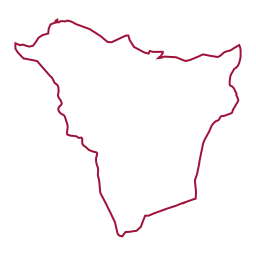 Kepahiang, Bengkulu, Indonesia
{"feature_id": "22746128B30869437307727", "entity_name": "Kepahiang", "entity_type": "district", "adm_level": 2, "iso_a3": "IDN", "parent_name": "Indonesia", "parent_adm1": "Bengkulu", "projection": "natural_earth1", "projection_center": [102.62, -3.648], "detail": "fine", "context": "isolated", "style": "outline", "palette": "rose", "viewbox_px": 256, "rotation_deg": 0, "n_neighbors": 0, "source": "geoboundaries", "source_scale": "gbopen_adm2", "svg_char_len": 4936}
<svg xmlns="http://www.w3.org/2000/svg" viewBox="0 0 256 256"><path d="M119.8,235.9L121.1,236.0L122.4,236.3L123.5,234.7L125.5,232.0L128.8,231.9L131.5,231.5L136.5,230.8L138.7,228.8L139.3,228.2L140.8,226.9L140.9,226.7L143.1,220.7L145.2,215.7L145.9,215.7L147.8,215.7L148.6,215.7L154.4,213.2L166.3,208.9L168.0,208.3L170.9,207.4L177.1,205.3L180.3,203.9L182.1,203.3L182.8,203.4L183.3,203.2L182.9,203.0L187.8,201.3L188.9,200.8L189.8,200.6L192.9,199.5L193.2,199.3L195.3,198.7L195.7,198.6L195.7,197.8L195.8,196.6L196.0,193.2L195.9,190.6L195.1,182.8L194.9,180.4L195.5,178.4L196.5,175.8L197.6,171.7L197.8,170.4L199.2,163.6L199.3,162.5L199.7,160.2L199.8,159.7L200.9,154.1L201.8,150.0L202.2,148.0L202.9,144.5L203.2,143.4L203.4,143.0L203.8,141.8L203.8,141.6L204.7,139.6L205.6,137.9L205.8,137.6L206.7,136.1L206.9,135.5L208.6,132.6L209.5,130.8L209.7,130.3L210.3,128.8L210.7,127.8L211.0,127.2L211.2,126.7L211.3,126.5L211.8,125.6L212.5,124.5L213.7,123.1L213.9,122.8L216.0,121.1L216.8,120.8L217.2,120.7L218.1,120.4L218.6,119.9L218.8,119.8L218.9,119.7L219.6,118.5L219.9,117.8L220.5,116.9L220.6,116.7L221.4,116.2L222.0,116.0L223.0,116.0L223.8,116.0L227.3,114.7L228.5,114.3L229.6,113.8L231.0,113.4L231.7,113.0L232.2,112.3L232.4,111.6L232.6,111.1L232.8,110.3L232.9,109.8L233.3,109.2L233.7,108.4L234.7,107.1L235.2,105.9L236.3,104.1L237.8,101.7L238.1,101.1L238.3,100.3L238.3,100.2L238.1,99.4L237.7,98.2L237.0,96.5L236.9,96.2L236.3,95.0L236.5,93.6L235.3,91.3L234.5,89.6L234.2,89.0L233.2,87.5L232.6,86.9L232.4,86.7L231.7,86.2L231.0,86.1L230.3,85.6L230.2,85.5L230.0,85.1L229.7,84.7L229.6,84.4L229.7,83.0L229.7,81.3L230.1,77.8L230.3,76.8L230.4,76.1L230.5,75.9L230.6,75.5L231.1,74.4L231.2,74.1L231.3,74.0L231.4,73.8L232.6,71.8L234.3,68.8L235.5,68.1L236.4,67.4L236.8,67.0L237.8,65.8L239.1,63.3L239.2,63.0L239.4,62.1L239.6,61.4L239.9,60.3L240.4,58.2L240.6,56.1L240.6,53.8L240.6,52.9L240.6,50.5L240.6,50.2L240.3,48.2L240.0,47.1L239.2,45.1L236.4,46.7L234.3,47.9L231.8,49.6L231.6,49.7L230.8,50.3L229.9,50.5L225.5,51.7L223.8,52.6L220.5,55.6L220.1,55.8L219.9,56.0L218.1,56.8L217.7,57.0L209.7,55.7L203.1,54.4L200.6,55.5L197.8,56.8L197.3,57.0L196.7,57.2L190.0,60.0L185.5,61.0L183.2,60.2L179.4,58.6L176.2,57.3L175.2,57.2L174.4,57.2L173.6,57.0L172.4,57.0L172.1,57.1L171.6,57.0L164.4,56.6L161.3,57.7L158.3,58.1L159.1,57.3L160.1,56.6L160.7,56.3L161.3,55.7L161.6,54.6L162.7,53.3L162.7,51.8L153.2,51.9L149.7,51.0L148.6,53.6L144.6,52.6L141.0,50.7L133.9,46.9L132.5,44.5L131.7,43.3L131.6,43.1L129.8,40.2L129.7,40.1L129.0,37.7L128.3,35.5L127.2,35.5L126.1,35.5L122.3,37.2L111.7,42.2L111.0,42.2L107.7,42.0L104.4,39.3L101.1,36.5L97.3,34.0L95.2,32.6L92.8,31.1L91.3,30.1L91.2,30.0L90.1,29.3L86.9,28.1L84.7,27.3L83.8,27.0L82.5,26.5L79.8,25.5L75.5,23.9L75.4,23.8L75.2,23.7L73.6,22.7L70.3,21.2L69.0,21.0L68.5,20.9L68.4,20.9L68.2,20.8L67.9,20.8L67.8,20.7L67.6,20.7L67.1,20.8L66.8,20.8L66.4,20.8L66.1,21.0L65.9,21.1L65.7,21.3L65.2,21.3L64.8,21.4L64.7,21.3L61.4,21.1L60.2,21.3L59.3,22.2L57.5,22.3L57.3,19.7L55.7,20.7L55.5,20.9L55.6,22.6L54.5,22.9L52.7,23.5L50.5,24.5L48.7,28.7L48.4,31.8L48.2,33.5L44.7,34.5L42.3,35.2L38.5,37.8L35.9,41.9L33.1,45.7L29.3,46.6L26.5,45.9L23.0,44.6L20.1,45.2L15.4,43.3L15.4,48.6L17.6,52.2L22.4,57.3L23.6,58.5L24.2,58.5L32.5,60.1L37.1,61.1L50.1,76.0L51.9,77.5L54.6,82.8L57.3,84.9L58.2,86.8L58.7,90.5L58.2,94.0L57.9,95.8L58.8,97.8L60.7,100.5L60.9,101.0L61.0,101.1L61.6,102.7L61.7,103.0L61.8,103.3L61.5,104.1L61.4,104.5L60.8,105.2L60.4,105.6L60.0,106.0L59.5,106.6L59.4,106.6L59.3,106.8L59.2,106.8L59.0,107.1L58.8,107.3L58.4,108.5L58.2,109.4L58.4,109.9L58.6,110.4L58.8,111.0L59.0,111.4L59.0,111.5L59.4,111.9L59.9,112.5L60.4,113.1L60.8,113.5L61.1,113.7L62.0,114.2L62.5,114.4L62.8,114.6L63.4,114.9L63.6,115.1L63.8,115.2L63.9,115.3L64.1,115.6L64.3,115.9L64.6,116.2L64.7,116.4L64.8,116.5L67.5,125.0L67.6,125.4L67.6,125.6L67.6,127.3L67.6,127.5L67.5,128.0L67.3,130.2L67.2,130.6L66.9,133.0L67.0,133.5L67.4,134.6L67.6,134.7L67.8,134.8L68.4,135.0L68.7,135.0L68.9,135.1L70.2,135.5L70.7,135.7L72.3,135.8L75.8,136.2L76.3,136.3L76.5,136.4L77.3,136.9L78.0,137.5L78.5,137.8L79.6,137.8L80.6,137.7L81.1,137.7L81.3,137.6L81.8,138.2L82.3,138.6L82.2,139.7L82.2,140.1L82.2,140.6L82.2,140.9L82.2,141.4L82.2,141.6L82.2,142.0L82.3,142.3L82.3,143.0L82.4,144.0L82.5,144.1L82.8,144.5L83.0,144.8L83.1,145.0L83.3,145.3L83.9,145.7L84.4,146.1L84.6,146.2L85.0,146.5L85.4,146.8L85.6,147.0L86.0,147.3L86.3,147.5L86.9,148.0L87.1,148.3L87.3,148.5L88.1,149.2L88.3,149.4L88.4,149.6L88.6,149.7L88.7,149.8L88.8,149.9L89.1,150.0L89.3,150.1L89.7,150.3L90.1,150.5L90.3,150.5L90.5,150.6L90.9,150.8L91.8,151.2L92.0,151.2L92.2,151.3L92.3,151.3L92.5,151.3L93.0,151.5L93.3,151.6L96.4,152.4L97.2,153.4L96.9,155.2L96.5,156.6L96.0,158.4L96.1,161.6L96.7,164.4L98.1,168.4L98.1,171.5L98.0,172.8L97.9,173.9L97.8,174.8L99.2,180.9L99.5,184.3L100.2,191.8L100.5,193.3L103.9,199.7L106.3,204.3L107.0,205.9L110.4,212.7L115.0,222.3L115.5,224.6L117.2,232.0L117.6,233.9L119.8,235.9Z" fill="none" stroke="#9f1239" stroke-width="2"/></svg>